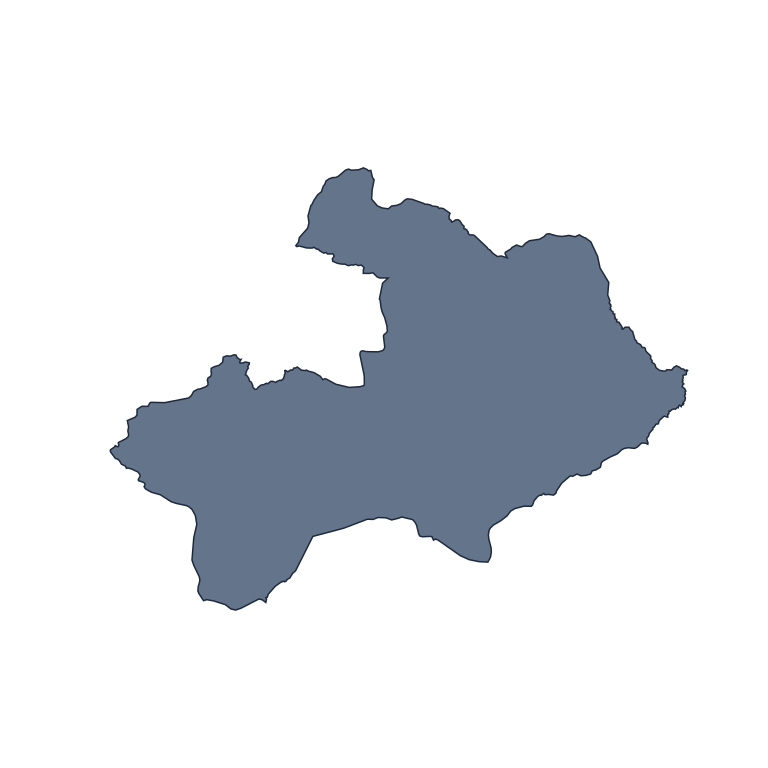 Lamas, San Martín, Peru (Mercator projection), rotated 151°
{"feature_id": "86281439B97947490233761", "entity_name": "Lamas", "entity_type": "district", "adm_level": 2, "iso_a3": "PER", "parent_name": "Peru", "parent_adm1": "San Martín", "projection": "mercator", "projection_center": [-76.468, -6.324], "detail": "fine", "context": "isolated", "style": "filled", "palette": "slate", "viewbox_px": 768, "rotation_deg": 151, "n_neighbors": 0, "source": "geoboundaries", "source_scale": "gbopen_adm2", "svg_char_len": 6171}
<svg xmlns="http://www.w3.org/2000/svg" viewBox="0 0 768 768"><g transform="rotate(151 384 384)"><path d="M182.5,203.4L181.6,204.6L181.0,208.4L180.1,209.3L178.0,210.1L175.7,212.3L170.7,214.1L170.2,215.3L168.9,215.3L165.7,217.0L163.5,216.2L161.0,218.5L155.1,220.0L154.4,219.9L151.9,217.4L150.4,220.0L149.4,219.8L147.8,222.1L146.9,221.4L145.1,222.0L142.7,221.7L141.4,220.7L138.6,221.2L138.1,220.6L137.1,221.8L135.8,222.2L135.1,220.2L134.3,221.0L132.4,220.8L132.4,221.7L131.3,221.5L131.2,222.0L131.7,222.0L131.2,222.8L128.9,223.6L127.1,225.7L126.7,228.4L125.3,228.8L124.5,231.3L123.4,231.5L123.3,234.4L124.6,237.0L122.8,238.6L121.7,238.7L122.2,241.1L120.9,241.9L121.0,242.8L119.3,244.3L118.7,246.1L117.9,246.5L115.0,245.7L113.7,247.8L111.9,248.7L112.4,249.5L114.4,249.9L114.6,251.7L116.5,253.0L117.4,255.4L119.4,258.1L122.2,258.1L125.6,256.8L129.7,259.4L131.2,258.9L132.5,259.3L136.1,262.1L136.9,263.4L138.2,266.5L137.6,269.3L137.9,271.0L139.2,272.8L138.2,274.4L138.5,276.9L137.1,279.2L139.1,285.9L138.2,288.5L138.5,289.5L140.5,291.0L140.5,294.0L142.8,297.5L142.3,299.1L143.0,301.1L141.1,309.4L142.0,311.5L142.3,315.0L145.7,316.8L148.0,316.1L149.2,316.8L148.2,317.8L148.5,324.0L150.4,325.7L149.1,327.5L150.4,329.2L149.5,330.1L149.1,332.4L148.3,333.2L149.4,334.5L148.7,336.2L149.6,338.0L149.5,339.3L150.0,339.6L149.1,340.2L149.1,341.1L147.8,341.9L147.3,343.5L147.8,343.9L147.4,344.9L147.8,345.7L146.1,347.2L145.2,353.4L138.2,363.8L138.8,380.7L135.3,392.2L134.2,408.1L137.1,414.3L138.1,415.1L140.9,419.8L145.4,420.1L150.2,424.3L156.5,426.6L161.0,429.7L166.8,435.4L169.3,436.3L172.6,435.3L177.8,435.2L187.4,438.8L192.1,438.5L196.3,437.1L198.1,438.3L200.7,441.3L205.7,441.4L207.8,440.6L214.0,440.4L214.9,439.3L215.1,434.7L219.4,439.1L223.0,440.5L225.4,445.5L226.4,450.0L227.5,451.5L227.7,453.6L232.7,469.4L233.5,470.9L236.6,472.8L237.2,474.1L237.4,475.0L236.7,476.0L237.0,478.8L237.6,480.1L238.8,481.1L237.5,483.2L238.3,485.5L238.6,490.1L239.5,491.7L242.1,492.9L243.5,492.5L246.3,492.8L246.0,494.5L247.0,496.8L245.6,499.4L243.5,501.3L247.0,508.6L249.3,510.5L250.8,510.9L250.8,512.3L252.0,513.8L255.4,516.1L256.7,518.2L258.8,520.1L261.3,521.6L261.5,522.4L269.9,531.9L273.9,534.7L276.4,534.8L281.7,533.5L286.0,534.0L291.1,536.0L295.3,535.1L300.4,539.0L303.4,543.0L305.2,551.7L300.2,559.6L293.6,567.4L294.0,570.0L292.0,577.2L294.3,578.1L294.8,579.8L297.2,583.0L302.4,583.7L308.7,586.7L310.9,589.2L314.0,589.7L323.6,587.8L325.9,588.0L329.0,589.5L332.5,590.1L336.2,589.7L339.1,587.3L341.4,586.3L345.5,582.5L350.1,581.7L356.2,578.7L360.2,575.8L361.5,575.5L369.0,567.8L371.5,561.3L375.2,557.3L387.1,553.1L390.0,549.5L394.1,547.7L393.6,546.4L391.3,545.9L385.6,540.4L381.1,537.8L378.9,537.4L377.6,534.7L376.0,533.5L375.8,531.9L373.2,527.6L370.9,527.1L370.4,525.1L365.6,522.6L365.5,520.1L368.5,518.5L369.4,516.2L366.0,511.9L362.5,509.1L360.2,507.9L357.7,504.7L354.0,503.7L353.4,502.9L350.6,502.3L349.1,500.0L346.1,499.0L345.0,495.4L346.7,493.9L348.5,490.8L343.0,487.7L339.8,486.7L338.0,480.8L336.2,478.7L329.0,474.7L336.3,472.9L346.9,460.5L346.7,459.4L349.6,452.1L350.7,447.8L351.3,441.4L353.3,433.4L355.5,428.5L357.9,427.4L359.8,427.3L361.2,426.3L365.5,415.8L367.6,414.2L369.1,413.9L373.6,415.0L383.6,420.8L386.8,423.5L388.3,423.7L389.4,423.3L390.9,421.3L397.2,401.0L401.2,393.5L402.3,392.4L406.1,393.2L416.1,397.9L426.2,407.1L431.8,415.9L433.1,417.3L435.4,417.4L436.0,421.7L439.7,427.9L443.9,431.9L445.1,433.8L446.3,433.9L449.5,436.1L451.6,440.9L453.6,440.9L455.2,441.7L457.1,440.4L458.9,441.6L462.2,441.3L463.4,443.6L464.3,443.8L465.3,441.1L466.7,440.3L467.4,439.1L469.6,437.4L472.3,436.9L473.2,437.8L476.8,438.2L478.0,437.8L479.9,440.2L482.0,441.3L485.4,440.5L486.6,441.7L489.3,441.7L492.1,442.7L495.4,442.2L497.9,441.2L498.8,441.4L499.9,443.0L500.1,445.5L499.5,446.4L499.2,450.0L500.2,451.9L499.5,454.6L499.9,458.2L500.8,459.3L497.0,462.7L494.9,463.7L494.8,465.3L492.2,466.7L491.5,467.8L494.6,470.5L497.1,470.8L499.7,472.1L499.6,473.2L497.0,474.8L498.2,475.2L499.2,477.3L499.7,479.0L499.3,480.9L501.0,482.3L504.8,482.8L508.1,485.0L511.6,485.4L514.6,481.3L519.3,480.3L523.9,481.4L527.5,481.5L529.3,478.6L529.8,476.8L531.7,474.8L535.0,474.6L536.8,472.9L537.0,471.3L538.4,468.5L541.2,468.0L547.5,468.9L549.2,469.7L554.1,469.8L558.2,467.2L561.7,466.5L584.8,474.0L596.8,481.0L598.1,480.9L601.3,478.9L606.6,481.9L612.3,481.5L615.1,476.6L617.8,475.6L626.2,476.5L628.2,470.2L630.7,467.3L632.0,463.4L633.2,462.0L636.5,461.3L644.6,461.6L645.2,461.0L645.5,459.1L646.7,458.1L647.4,458.3L649.0,460.4L649.9,459.6L655.0,459.1L655.8,458.3L656.1,456.9L655.0,449.0L653.5,447.7L652.6,445.4L652.5,441.2L649.9,437.4L650.2,435.1L648.7,434.7L645.8,431.8L641.8,426.2L641.4,422.7L642.3,421.5L645.2,419.6L645.6,418.5L642.2,414.7L641.4,413.0L641.9,411.6L643.6,410.6L643.5,408.0L639.9,402.1L633.2,395.4L627.3,384.3L623.5,380.2L615.5,373.2L613.9,370.7L612.7,367.2L612.8,360.2L615.8,352.0L624.9,341.8L637.3,323.1L638.3,317.5L639.0,305.1L639.9,302.3L641.3,300.2L644.6,297.0L647.1,293.2L647.5,290.7L646.9,282.0L643.6,281.3L638.1,276.8L629.8,268.0L626.9,261.4L623.3,258.2L617.6,257.2L597.6,256.6L595.1,254.3L593.3,250.2L591.1,252.7L590.9,254.4L589.4,254.1L587.3,256.2L577.2,259.8L570.6,260.6L567.3,260.2L566.7,259.1L565.4,259.0L563.3,260.0L560.4,260.0L555.7,262.7L551.9,263.5L520.1,285.2L489.1,277.4L464.1,273.8L459.1,270.8L454.1,270.2L447.1,266.0L443.2,261.4L436.2,259.5L433.0,259.1L424.8,251.6L423.9,248.2L424.0,244.6L426.4,235.8L426.4,233.7L424.4,231.7L417.2,228.2L416.1,227.1L416.4,223.4L414.3,223.5L412.5,221.5L400.5,196.9L394.7,189.1L387.0,182.5L379.5,177.9L374.8,180.9L371.7,184.8L369.8,188.6L367.6,197.2L365.9,201.4L362.9,205.2L360.7,206.5L356.9,207.6L348.1,207.8L340.3,209.0L334.9,211.4L329.9,211.6L320.6,209.2L314.4,205.6L312.6,206.2L309.4,209.1L304.3,211.0L301.8,211.2L300.2,210.4L297.3,210.8L296.8,209.1L293.7,207.7L289.5,204.6L286.6,205.1L284.8,206.9L276.7,211.1L266.6,213.2L265.4,213.2L263.7,211.8L258.9,211.7L256.3,208.3L251.8,206.2L246.9,205.1L244.0,207.1L240.3,206.1L235.1,206.3L232.1,209.6L230.4,210.4L221.4,210.5L213.7,209.8L207.8,211.3L204.8,211.1L201.2,209.8L196.1,206.2L192.7,206.0L188.4,207.3L186.7,207.2L183.8,205.3L182.5,203.4Z" fill="#64748b" stroke="#1e293b" stroke-width="1.5"/></g></svg>